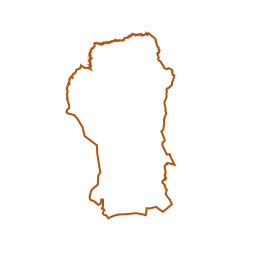 Ulaan uul, Hövsgöl, Mongolia (Robinson projection), rotated 59°
{"feature_id": "93677404B26765322238100", "entity_name": "Ulaan uul", "entity_type": "district", "adm_level": 2, "iso_a3": "MNG", "parent_name": "Mongolia", "parent_adm1": "Hövsgöl", "projection": "robinson", "projection_center": [98.358, 50.878], "detail": "fine", "context": "isolated", "style": "outline", "palette": "amber", "viewbox_px": 256, "rotation_deg": 59, "n_neighbors": 0, "source": "geoboundaries", "source_scale": "gbopen_adm2", "svg_char_len": 5606}
<svg xmlns="http://www.w3.org/2000/svg" viewBox="0 0 256 256"><g transform="rotate(59 128 128)"><path d="M196.0,184.9L197.4,180.5L200.8,174.2L205.2,164.9L209.7,159.8L211.9,157.6L206.4,153.3L208.2,150.7L210.1,144.6L217.8,141.3L217.1,136.1L215.8,129.6L210.5,129.1L207.7,129.6L203.9,129.7L201.9,127.7L201.4,127.0L201.3,126.7L200.5,126.6L198.7,126.9L196.2,125.9L195.3,125.9L192.7,126.7L191.4,126.1L191.5,125.3L191.1,124.8L191.1,123.8L190.9,123.5L191.3,123.5L191.0,123.4L191.1,123.2L191.5,123.0L191.5,122.6L191.4,122.4L191.0,122.6L190.7,122.4L190.6,121.8L190.2,121.7L190.3,121.3L190.0,121.3L190.0,121.5L189.7,121.2L189.3,121.3L188.9,120.9L188.7,121.1L188.3,120.8L187.5,120.9L187.3,120.2L186.8,120.2L186.2,119.6L186.1,118.9L179.7,116.4L178.9,114.8L179.2,114.4L179.1,114.1L178.7,114.0L178.7,113.7L179.1,113.1L178.9,112.6L178.3,112.7L178.4,112.1L183.4,107.1L173.8,106.3L172.8,105.7L172.6,105.7L172.4,106.1L171.8,106.0L171.4,106.9L170.8,107.6L170.7,108.4L160.8,107.5L158.4,106.2L158.2,104.3L157.5,102.7L148.1,101.1L147.6,98.6L141.6,93.8L140.3,93.4L139.3,92.7L139.0,92.1L138.5,91.9L137.8,91.0L137.2,90.5L137.0,90.0L136.0,89.0L135.8,88.3L135.4,87.9L134.9,87.5L132.8,87.2L130.5,85.7L126.4,84.4L124.8,83.6L121.0,78.7L118.7,77.7L117.7,76.6L116.9,76.0L115.4,75.6L114.8,75.2L114.2,74.0L114.6,72.9L114.4,71.4L114.0,69.8L114.1,69.0L112.7,67.4L111.4,66.6L111.1,65.7L110.5,65.3L109.7,64.1L108.8,63.4L108.0,62.2L106.9,61.3L106.6,61.3L106.0,61.6L105.7,62.3L104.5,62.2L103.8,61.7L102.7,61.6L102.5,61.3L102.6,60.7L102.4,60.6L101.0,60.4L98.3,61.8L97.5,62.6L97.5,62.9L97.8,63.6L96.0,65.8L94.4,66.2L92.9,65.5L89.6,66.0L88.0,65.7L87.1,66.2L86.8,66.6L84.7,66.9L84.3,66.7L84.2,66.1L83.4,65.4L79.1,64.5L78.8,63.8L79.1,63.5L79.4,62.6L78.1,61.9L77.8,61.0L77.0,61.0L76.3,61.3L75.6,61.0L75.2,60.4L74.5,60.4L73.2,60.9L72.6,60.6L71.7,60.6L70.4,59.9L69.1,60.0L68.1,59.2L67.0,59.2L66.8,58.9L66.0,58.7L65.5,58.7L64.3,59.2L63.3,59.1L62.5,59.8L61.3,60.2L60.9,60.6L59.1,60.8L58.3,61.2L58.7,61.4L58.2,61.9L57.5,62.3L57.8,62.4L58.0,63.3L57.8,63.3L57.4,64.0L57.0,64.0L57.3,64.2L56.6,64.8L56.5,66.4L55.9,67.3L56.1,67.5L55.5,67.7L55.6,68.0L54.8,68.2L55.1,68.7L54.5,68.7L54.6,68.9L54.4,69.1L54.5,69.2L54.2,69.3L54.4,69.6L54.2,69.9L53.7,70.0L53.3,70.3L53.5,70.8L52.9,71.7L53.1,72.1L52.6,72.5L52.8,72.7L52.4,73.1L52.7,73.3L52.6,73.8L51.3,74.1L50.7,74.6L50.9,75.0L50.3,75.2L50.2,75.7L49.9,75.7L50.0,76.1L49.6,76.3L49.6,76.5L50.3,76.8L50.1,77.6L50.4,77.7L50.5,78.0L50.0,78.3L50.3,78.8L50.0,79.5L50.4,79.5L50.1,79.8L50.2,80.4L49.9,80.5L50.2,80.9L50.0,81.6L50.3,81.8L49.9,82.0L49.8,82.9L49.4,83.7L49.5,84.6L49.2,84.9L50.2,85.9L50.0,86.2L50.1,86.6L50.4,86.5L50.5,86.8L50.3,86.9L50.4,87.4L49.8,87.8L49.8,88.3L49.4,88.7L49.1,89.7L48.4,89.9L48.3,90.6L48.5,90.8L48.3,91.5L47.7,91.7L47.8,92.4L47.1,92.5L46.6,93.3L45.9,93.3L45.9,93.9L46.2,94.2L46.1,94.5L46.5,94.6L46.1,95.2L46.1,95.5L45.8,96.3L45.9,96.5L45.8,96.8L45.5,96.9L45.8,97.7L45.2,97.9L45.1,98.2L45.2,98.4L45.0,98.5L45.2,98.9L44.8,99.5L45.3,100.4L44.6,100.6L44.9,100.8L44.8,101.2L44.9,101.7L44.2,102.2L43.6,102.3L43.7,102.7L43.3,103.1L43.5,103.4L43.1,103.6L43.3,103.8L43.2,104.2L42.6,104.6L42.9,104.9L43.2,105.0L43.0,105.5L43.1,106.0L42.7,105.9L42.8,106.1L42.2,106.4L42.4,106.7L42.2,107.0L42.5,107.2L42.1,107.5L42.6,107.9L42.2,108.1L42.0,108.6L41.2,108.7L41.3,109.1L40.2,109.8L40.1,110.0L40.5,110.1L40.5,110.3L38.9,110.9L38.8,111.1L39.1,111.3L38.5,111.8L38.6,112.5L38.2,112.8L38.7,113.1L38.6,113.5L40.5,114.3L40.8,114.6L41.0,115.9L41.5,116.3L41.7,116.8L41.1,117.5L41.3,117.8L41.2,118.5L42.2,119.0L42.3,119.9L43.3,120.2L43.1,120.6L43.7,120.7L43.7,121.3L44.0,121.5L43.9,121.9L45.2,122.4L44.8,122.3L44.7,122.7L45.2,122.6L45.4,122.9L45.4,122.7L45.8,122.8L46.2,122.5L46.6,122.9L46.5,123.1L46.9,123.1L47.4,123.6L48.0,123.7L48.4,124.1L49.0,124.0L49.1,123.7L49.3,124.0L49.0,124.4L49.3,124.2L49.2,124.6L49.8,124.6L49.4,124.7L49.8,124.9L49.8,125.2L49.5,125.4L50.2,125.7L50.7,125.4L50.4,125.9L50.7,125.8L50.8,126.1L51.2,126.2L51.2,126.7L51.4,126.5L52.5,126.7L53.0,126.6L53.6,126.9L53.6,127.4L54.0,127.4L53.8,127.7L54.3,127.8L54.1,127.9L54.3,128.3L54.7,128.4L54.7,128.1L55.3,128.4L55.1,128.6L56.0,128.4L56.0,128.8L56.4,128.9L56.5,128.6L56.5,128.9L56.9,129.2L56.7,129.5L57.4,129.4L57.7,129.8L58.3,129.8L55.8,131.4L53.8,134.6L52.3,134.8L52.0,135.4L50.3,136.0L50.8,136.3L51.0,137.2L51.8,137.8L52.3,138.6L51.8,140.1L51.7,142.3L51.9,143.0L52.6,143.4L52.8,143.9L53.4,144.3L53.6,144.8L53.5,145.8L53.8,146.3L53.3,146.8L53.6,147.2L53.6,147.8L54.1,148.4L54.5,149.2L55.5,149.2L56.1,149.3L56.4,149.7L55.6,149.9L54.7,150.8L55.2,151.3L55.4,152.0L55.8,152.2L55.6,152.4L55.8,153.1L57.0,153.8L57.7,154.0L57.9,154.7L58.2,155.1L59.3,155.1L59.2,155.5L59.3,155.7L60.0,155.8L60.0,156.2L59.7,156.6L60.6,156.8L60.8,158.2L61.5,158.7L62.0,159.7L63.0,160.0L63.2,160.6L65.2,160.7L65.7,161.0L66.5,161.7L66.5,162.1L67.1,162.3L67.8,163.1L68.8,163.2L69.8,164.0L70.4,164.1L71.6,164.6L71.6,165.2L72.2,165.2L73.2,165.7L73.8,165.6L76.2,166.4L77.4,166.5L78.1,167.0L78.9,167.0L79.5,167.3L80.9,168.9L80.8,169.9L81.3,171.3L81.8,171.6L81.9,172.0L82.9,172.5L84.5,172.2L84.8,171.5L85.1,171.4L89.3,167.4L93.8,166.6L103.6,166.5L112.6,169.3L126.8,163.6L134.7,167.8L151.7,174.6L153.7,178.1L160.9,183.0L162.1,190.4L163.8,192.9L167.1,196.3L169.5,197.3L171.6,196.5L171.8,195.8L173.5,194.7L174.5,194.3L175.2,194.3L175.4,193.9L176.2,194.0L177.0,193.4L177.9,193.4L178.6,192.8L178.6,192.1L178.9,191.5L178.2,189.9L176.6,188.3L175.9,188.1L175.5,187.6L176.5,186.3L182.7,190.0L183.5,191.9L185.8,190.4L186.1,190.5L186.5,191.5L187.5,192.8L188.6,193.5L189.2,193.6L190.0,193.2L191.1,192.1L192.4,191.5L195.1,191.4L196.0,184.9Z" fill="none" stroke="#b45309" stroke-width="2"/></g></svg>